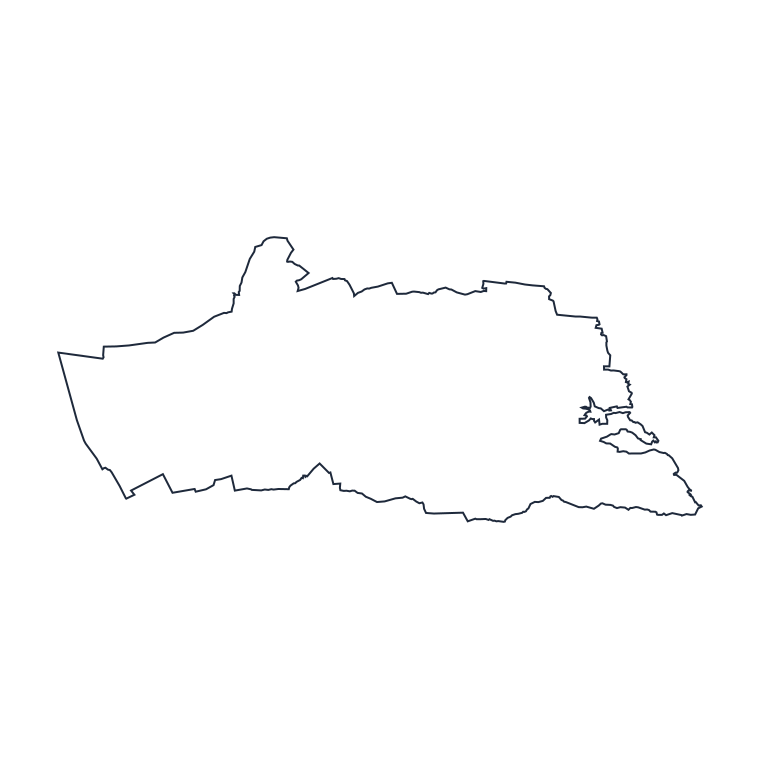 outline of Naeni, Buzau, Romania, rotated 95°
{"feature_id": "2599482B87929584862181", "entity_name": "Naeni", "entity_type": "district", "adm_level": 2, "iso_a3": "ROU", "parent_name": "Romania", "parent_adm1": "Buzau", "projection": "orthographic", "projection_center": [26.48, 45.099], "detail": "fine", "context": "isolated", "style": "outline", "palette": "slate", "viewbox_px": 768, "rotation_deg": 95, "n_neighbors": 0, "source": "geoboundaries", "source_scale": "gbopen_adm2", "svg_char_len": 6121}
<svg xmlns="http://www.w3.org/2000/svg" viewBox="0 0 768 768"><g transform="rotate(95 384 384)"><path d="M516.1,623.0L512.2,626.7L493.1,596.4L510.8,585.2L505.3,564.4L505.1,563.5L507.7,562.2L504.4,552.1L499.6,545.0L494.4,543.9L493.0,538.1L488.6,528.0L503.2,523.3L500.0,511.4L500.5,507.3L501.0,506.5L500.7,497.0L499.5,493.6L499.6,490.0L498.6,487.1L498.8,484.8L497.8,480.1L497.1,469.7L495.1,469.4L493.4,468.3L490.9,465.4L490.5,463.7L489.2,462.7L486.9,459.2L484.7,457.9L484.9,456.6L482.3,456.5L482.1,454.8L483.4,454.2L482.3,453.0L482.6,452.4L474.5,446.7L468.8,441.2L477.4,431.0L476.8,429.7L488.1,425.7L487.0,418.9L491.3,418.9L493.6,418.2L494.0,414.8L493.6,412.0L493.9,408.7L493.0,406.5L492.8,404.0L494.8,400.8L495.0,396.4L497.9,392.3L499.5,387.2L502.2,380.7L500.9,373.1L496.9,362.6L495.6,355.5L494.1,353.0L496.1,347.8L496.3,346.3L495.9,345.4L498.3,341.6L499.7,338.4L498.7,335.4L500.5,334.1L504.8,333.2L508.8,330.9L508.7,323.0L505.3,294.1L513.5,288.6L510.2,281.3L510.6,280.1L510.4,277.1L509.6,270.9L510.3,268.0L509.5,267.2L510.8,263.4L510.5,262.0L511.0,260.1L510.6,258.2L510.9,252.8L510.5,251.6L509.1,251.3L506.6,249.2L505.1,246.3L503.6,245.0L502.2,241.8L501.6,238.9L500.3,235.2L499.1,234.2L499.2,233.0L498.4,231.5L496.5,230.6L495.4,229.3L490.8,227.6L488.3,223.5L488.2,219.9L486.6,215.6L483.3,212.6L482.9,209.0L481.4,208.4L481.0,207.7L481.7,206.2L480.9,205.4L481.3,200.0L484.1,197.1L484.5,195.6L485.6,194.3L485.7,192.7L489.7,179.3L489.5,175.6L488.5,171.8L490.0,164.0L486.4,159.5L484.2,157.5L483.8,156.0L484.9,152.8L484.7,147.9L485.2,145.3L486.4,144.1L487.3,141.1L486.1,137.8L486.1,133.1L488.0,129.5L486.0,127.8L485.9,126.0L484.6,122.3L484.7,120.1L486.4,113.4L486.1,110.7L486.5,109.0L487.9,107.4L487.6,102.5L488.1,101.4L490.3,100.6L490.5,99.5L490.1,95.6L488.6,93.9L490.1,91.6L487.5,85.6L488.7,75.9L489.1,75.7L487.2,71.3L487.6,67.0L486.9,62.7L480.5,60.2L478.4,56.8L477.2,57.8L477.6,60.0L474.4,63.2L474.7,63.8L469.5,66.9L469.0,68.5L468.1,69.7L467.6,68.7L467.1,69.1L465.3,72.1L464.6,72.2L463.5,71.3L463.5,68.8L463.2,68.8L462.3,70.4L460.1,72.5L454.3,76.5L449.0,84.8L449.3,87.1L448.4,87.5L447.9,87.1L446.8,85.6L446.9,84.5L446.3,84.0L444.2,83.2L442.1,83.8L432.9,90.4L430.1,94.2L430.1,95.1L429.0,96.1L428.1,98.2L428.4,99.3L427.8,103.7L425.9,107.9L425.7,109.5L427.1,113.6L429.4,117.7L430.8,121.9L431.9,134.0L430.3,136.6L430.1,139.8L431.1,143.4L431.0,145.4L428.0,145.4L426.9,146.0L426.4,148.5L423.6,153.5L423.8,157.4L422.6,160.1L421.8,163.8L419.5,163.0L417.0,157.3L414.5,154.0L414.1,153.1L414.2,149.9L412.5,145.9L409.1,144.7L408.4,143.9L408.0,139.2L408.5,138.2L410.1,137.2L410.2,134.7L410.8,132.5L413.1,128.9L416.1,126.2L416.6,123.4L417.5,123.5L420.5,117.5L420.8,112.6L418.0,111.8L416.9,110.8L418.5,109.1L417.5,108.2L418.5,107.4L418.3,106.3L416.7,105.7L413.4,108.5L413.6,110.6L411.4,110.1L409.0,113.0L411.2,115.2L409.6,118.0L409.3,119.7L403.3,122.8L401.8,124.8L400.1,128.0L400.7,130.2L400.1,131.0L400.2,132.3L398.7,134.1L398.7,135.6L395.5,138.1L394.1,138.5L391.3,136.3L390.6,136.9L391.1,140.9L392.2,143.5L391.4,146.9L392.8,150.8L392.7,152.6L394.1,155.2L395.3,160.1L398.0,159.8L400.6,158.4L404.2,158.2L404.6,163.0L405.7,165.7L400.7,166.7L403.9,170.3L402.4,171.5L400.6,171.8L400.8,173.5L400.3,175.0L402.4,176.6L405.5,180.9L405.7,185.7L401.6,186.1L401.0,180.7L398.6,179.0L397.8,179.5L397.6,181.5L396.6,181.0L395.0,179.9L393.6,177.5L393.6,176.0L392.3,176.5L391.6,177.6L391.0,180.7L391.0,183.5L390.3,185.0L389.1,181.9L389.1,180.7L389.8,179.6L389.8,176.6L388.4,176.2L384.3,176.7L380.0,178.6L379.1,178.1L380.0,176.5L384.3,173.4L387.9,172.1L389.3,168.0L389.4,165.9L391.9,162.5L389.6,157.9L390.8,157.3L390.5,155.6L388.1,156.9L386.0,150.1L387.5,149.3L385.5,140.4L386.1,139.5L385.8,134.9L385.2,134.6L382.6,135.2L382.5,136.9L380.2,136.5L378.7,137.7L378.0,139.1L372.0,136.3L371.1,136.6L369.9,139.3L365.3,141.3L363.2,139.1L362.5,140.8L360.3,140.5L361.2,142.4L361.0,143.2L358.1,142.9L357.1,144.7L356.3,145.1L354.0,143.2L353.2,143.3L353.5,146.5L351.0,149.6L350.7,151.1L350.5,156.2L350.8,159.2L350.1,162.1L350.5,166.0L347.2,166.4L346.8,161.0L335.7,161.1L333.4,163.5L331.3,164.4L326.4,165.8L323.2,166.1L322.2,165.6L317.0,166.9L316.1,169.5L316.5,171.0L315.7,172.1L314.2,171.9L313.9,170.7L309.9,172.0L309.6,178.0L306.9,177.5L306.3,175.1L305.8,174.5L303.0,175.3L302.7,177.2L301.0,177.0L299.4,177.8L299.8,183.1L299.7,194.7L300.1,199.1L299.9,217.6L296.3,219.4L286.9,222.3L286.2,223.1L285.1,226.9L282.3,227.2L281.1,226.1L278.8,225.7L275.3,229.5L275.1,231.0L274.2,232.4L272.7,233.1L272.8,244.5L272.6,252.2L271.6,261.9L271.5,270.9L273.2,271.1L273.4,272.5L272.6,293.5L272.9,294.1L275.6,293.7L279.7,294.5L280.3,293.1L279.6,290.5L282.6,290.3L282.6,292.7L283.9,295.6L283.5,301.2L287.3,308.8L287.9,311.1L286.4,319.5L284.0,325.1L284.0,327.1L282.6,331.0L285.0,338.1L286.0,339.4L288.2,340.7L288.6,342.4L289.6,343.5L289.8,344.7L289.3,346.9L290.6,347.9L289.6,353.2L289.9,355.1L289.4,356.8L289.3,362.2L289.6,364.0L292.1,369.7L293.1,378.9L282.5,385.0L283.4,389.0L287.5,398.6L289.3,405.1L290.2,407.0L290.3,409.1L291.5,411.7L293.8,414.3L295.5,417.9L299.0,421.4L296.3,421.9L288.1,427.0L284.7,429.8L284.1,431.9L282.9,432.5L283.1,435.9L282.5,438.4L283.3,440.6L283.8,443.9L282.9,444.6L296.2,470.9L298.9,478.1L295.6,477.5L293.3,478.3L289.8,480.8L288.6,479.8L288.0,477.6L286.9,475.6L280.0,468.8L273.4,478.8L273.5,480.1L272.2,483.5L270.3,486.0L270.2,488.3L270.7,490.4L270.5,491.2L268.7,491.1L261.4,488.1L258.0,485.9L249.7,492.6L247.3,493.5L247.3,506.2L248.1,510.1L249.5,513.4L252.3,516.4L256.3,518.1L258.7,524.2L263.5,524.8L271.1,528.6L284.6,531.9L290.2,534.4L295.4,534.8L298.9,536.2L303.8,535.9L305.0,536.7L307.9,536.1L308.1,539.3L306.7,541.0L306.8,541.7L307.9,540.6L309.0,541.1L310.2,540.4L312.4,541.2L316.8,540.8L322.4,542.0L325.2,542.1L326.2,545.6L327.1,547.0L327.1,549.6L331.8,559.1L340.9,569.7L347.6,578.7L350.3,588.6L351.3,597.5L357.0,607.7L362.6,615.6L363.6,623.0L367.8,641.3L369.9,654.1L371.2,666.4L379.8,666.3L381.8,665.7L383.3,666.4L381.1,711.2L446.8,686.8L466.5,677.9L469.4,676.0L483.4,663.7L493.5,657.1L492.2,655.6L491.7,654.2L493.4,651.5L493.6,649.6L495.7,647.6L508.6,638.5L520.4,631.2L520.7,630.8L516.1,623.0Z" fill="none" stroke="#1e293b" stroke-width="2"/></g></svg>